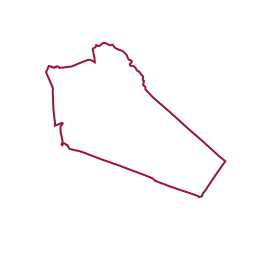 the district of Chau Thanh, An Giang, Vietnam, rotated 220°
{"feature_id": "81297802B33105171569216", "entity_name": "Chau Thanh", "entity_type": "district", "adm_level": 2, "iso_a3": "VNM", "parent_name": "Vietnam", "parent_adm1": "An Giang", "projection": "albers", "projection_center": [105.281, 10.427], "detail": "fine", "context": "isolated", "style": "outline", "palette": "rose", "viewbox_px": 256, "rotation_deg": 220, "n_neighbors": 0, "source": "geoboundaries", "source_scale": "gbopen_adm2", "svg_char_len": 5733}
<svg xmlns="http://www.w3.org/2000/svg" viewBox="0 0 256 256"><g transform="rotate(220 128 128)"><path d="M29.1,120.8L28.3,121.9L27.5,123.6L27.8,123.9L28.1,124.3L28.1,124.5L28.3,125.0L28.5,125.7L28.5,126.3L28.5,126.6L28.6,127.2L28.6,128.0L28.7,128.5L28.6,128.9L28.7,130.0L28.8,130.8L28.8,131.5L29.0,132.8L29.0,133.0L29.1,133.8L29.3,134.5L29.3,134.9L29.3,135.4L29.3,135.8L29.4,136.2L29.5,136.8L29.5,137.1L29.8,139.9L29.9,140.8L30.1,142.6L30.2,143.5L30.3,145.4L30.4,146.3L30.5,147.1L30.5,147.3L30.6,147.9L30.8,149.8L31.3,155.3L31.4,157.2L31.7,159.8L31.9,161.9L31.9,162.6L32.1,165.0L33.8,165.0L36.0,165.1L37.7,165.1L40.4,164.9L40.9,165.0L41.6,165.0L43.1,165.1L43.6,165.1L45.8,165.2L47.9,165.3L50.9,165.4L52.4,165.4L53.3,165.5L54.2,165.6L55.3,165.6L56.5,165.5L59.4,165.7L60.9,165.8L64.0,165.9L68.6,166.0L70.1,166.0L77.9,166.1L81.0,166.1L84.1,166.3L90.3,166.5L96.5,166.8L98.7,166.9L99.1,166.9L104.5,167.0L106.0,167.1L107.5,167.1L110.5,167.2L112.0,167.2L115.0,167.3L119.6,167.3L121.0,167.3L123.5,167.4L126.3,167.4L127.9,167.5L129.6,167.6L138.0,168.5L139.1,168.7L139.4,168.8L139.6,168.9L139.8,169.1L140.0,169.4L140.3,169.8L140.6,170.1L141.3,170.5L141.5,170.6L141.8,170.7L142.0,170.7L143.0,170.6L143.4,170.5L143.6,170.6L144.1,170.8L144.4,171.0L144.4,171.3L144.5,171.7L144.7,172.1L145.0,172.4L145.1,172.6L145.3,172.9L145.5,173.2L145.7,173.4L145.7,173.6L145.9,173.9L145.9,174.2L146.1,174.3L146.4,174.4L146.6,174.4L146.8,174.3L147.0,174.2L147.3,174.2L147.7,174.4L147.9,174.6L148.3,175.1L148.6,175.6L148.6,176.0L148.8,176.3L148.9,176.5L149.2,176.8L149.8,177.2L150.4,177.3L150.9,177.3L151.7,177.3L152.6,177.4L152.9,177.5L153.3,177.6L153.6,177.8L154.5,178.1L155.4,178.3L156.0,178.2L156.6,178.2L157.2,178.0L157.7,177.9L158.0,177.8L158.4,177.8L158.6,177.9L159.4,178.3L160.3,178.7L160.5,178.7L160.9,178.8L161.3,178.9L162.0,179.0L162.6,179.0L163.3,178.9L163.8,178.7L164.7,178.3L164.9,178.2L165.1,178.0L165.2,177.9L165.4,177.7L165.8,177.4L166.4,177.3L166.6,177.4L167.0,177.5L167.4,177.7L167.6,177.9L167.7,178.1L167.8,178.3L167.7,178.6L167.5,179.3L167.5,179.8L167.5,180.1L167.5,180.7L167.6,181.1L167.8,181.3L168.2,181.5L168.5,181.7L168.8,181.7L169.1,181.7L169.4,181.6L169.8,181.5L170.3,181.3L170.7,181.1L171.3,181.0L171.7,181.0L172.1,181.1L172.7,181.3L173.1,181.5L174.2,182.1L174.6,182.3L175.0,182.6L175.6,182.8L176.7,183.1L177.3,183.2L178.0,183.3L178.5,183.4L180.8,183.5L181.2,183.5L182.1,183.3L182.7,183.1L183.6,182.8L184.1,182.6L184.9,182.3L185.7,182.0L187.1,181.6L187.7,181.4L188.2,181.3L188.9,181.2L189.7,181.2L190.4,181.2L191.1,181.3L191.8,181.5L192.4,181.7L192.9,181.8L193.2,181.8L193.6,181.7L193.8,181.5L194.0,181.1L194.4,180.5L194.8,179.9L195.2,179.6L195.5,179.5L195.8,179.4L198.0,179.0L199.2,178.7L200.1,178.3L200.8,178.0L201.1,177.7L201.8,176.8L202.0,176.5L202.1,176.3L202.1,175.9L202.2,174.8L202.4,173.8L202.5,173.2L202.6,172.7L202.9,172.3L203.3,171.8L203.8,171.6L204.1,171.5L204.6,171.4L204.9,171.4L205.2,171.3L205.7,171.0L205.6,170.8L205.0,170.2L204.9,169.9L204.9,169.5L204.9,169.2L205.1,168.3L205.3,167.8L205.5,167.3L205.7,166.9L205.8,166.7L205.8,166.4L205.8,166.1L205.8,165.9L205.6,165.7L205.4,165.4L205.0,165.2L204.7,164.9L201.9,162.5L201.6,162.3L200.9,161.8L199.9,161.0L199.1,160.4L198.2,159.6L195.7,157.0L199.4,156.3L200.0,156.0L201.5,155.5L201.7,155.3L202.4,154.4L204.4,151.1L204.7,150.5L205.5,149.0L206.2,147.6L206.7,146.7L207.1,146.0L208.7,142.9L208.8,142.5L210.9,138.7L213.1,136.3L214.4,135.0L215.1,134.2L219.1,130.0L219.3,130.0L219.5,130.2L219.6,130.3L219.8,130.3L220.5,130.1L221.4,129.9L221.6,129.8L221.9,129.7L222.0,129.5L222.2,129.3L222.3,129.1L222.4,128.8L222.4,128.6L222.3,128.3L222.4,128.2L222.6,128.0L222.8,127.9L223.0,127.8L223.3,127.7L223.4,127.3L223.4,127.0L223.3,126.5L223.9,126.3L224.1,126.2L224.4,126.2L224.6,126.2L225.6,125.7L225.8,125.6L225.9,125.9L226.8,125.5L227.9,124.9L228.5,124.6L228.2,123.3L227.5,121.6L227.3,120.9L227.1,120.0L227.0,119.5L226.9,118.8L226.8,118.2L225.5,117.5L223.8,116.6L221.3,115.4L218.3,113.9L216.9,113.1L213.4,111.4L211.8,110.6L211.2,110.2L210.8,109.9L210.5,109.5L210.1,109.0L209.6,108.2L209.3,107.8L208.4,106.8L207.9,106.2L206.3,104.5L205.5,103.6L204.3,102.3L201.2,98.8L199.8,97.3L198.1,95.4L197.0,94.2L195.6,92.9L193.2,90.5L190.8,88.3L188.9,86.6L187.1,84.9L186.0,83.4L185.6,82.8L185.1,83.6L184.5,84.5L184.1,85.1L183.8,85.8L182.8,87.8L182.1,89.0L181.9,89.4L181.7,89.5L181.4,89.6L181.2,89.6L180.9,89.4L180.8,89.1L180.8,88.8L180.8,87.6L180.8,86.9L180.8,86.6L180.7,86.1L180.5,85.7L180.3,85.3L179.3,84.0L178.0,82.7L177.1,81.8L176.7,81.4L176.1,80.9L175.7,80.6L174.5,79.6L173.1,78.6L172.6,78.1L171.8,77.5L171.3,77.1L170.9,76.7L170.2,76.2L169.6,75.7L169.2,75.2L169.0,74.7L168.8,74.4L168.7,74.0L168.6,73.5L168.5,72.9L168.1,72.9L167.7,72.7L167.4,72.5L167.2,72.6L167.2,73.0L167.3,73.1L167.6,73.3L167.8,73.6L167.9,73.9L167.9,74.1L167.4,74.8L167.0,75.2L166.7,75.3L166.4,75.5L166.1,75.6L165.7,75.6L165.4,75.6L164.7,75.4L164.4,75.4L164.2,75.4L163.9,75.5L163.5,76.0L163.2,75.9L162.9,75.7L162.5,75.4L162.3,75.3L161.9,75.2L161.4,75.1L160.6,74.8L159.6,74.5L159.0,74.5L155.6,76.3L154.7,76.7L153.1,77.5L151.8,78.3L151.2,78.7L150.0,79.2L148.7,79.7L145.9,80.8L143.8,81.6L141.0,82.4L138.3,83.4L127.4,87.2L124.5,88.3L121.0,89.7L115.7,91.6L113.1,92.7L110.4,93.7L107.8,94.5L106.7,94.9L103.3,96.1L100.3,97.2L97.4,98.1L97.1,98.2L93.2,99.7L88.9,101.2L87.3,101.8L85.0,102.6L82.5,103.4L80.2,104.2L76.8,105.1L75.7,105.2L74.3,105.2L74.0,105.1L73.8,105.1L73.6,105.0L73.1,105.1L71.6,105.6L68.8,106.5L63.9,108.3L60.9,109.3L60.1,109.6L59.1,109.9L56.7,110.8L54.2,111.8L53.2,112.2L51.5,112.8L49.1,113.7L47.2,114.5L46.1,114.9L43.4,116.0L41.7,116.7L40.9,117.0L38.6,117.9L36.5,118.7L35.0,119.3L32.0,120.4L31.0,120.7L30.6,120.9L29.5,121.0L29.2,121.0L29.2,120.9L29.1,120.8Z" fill="none" stroke="#9f1239" stroke-width="2"/></g></svg>